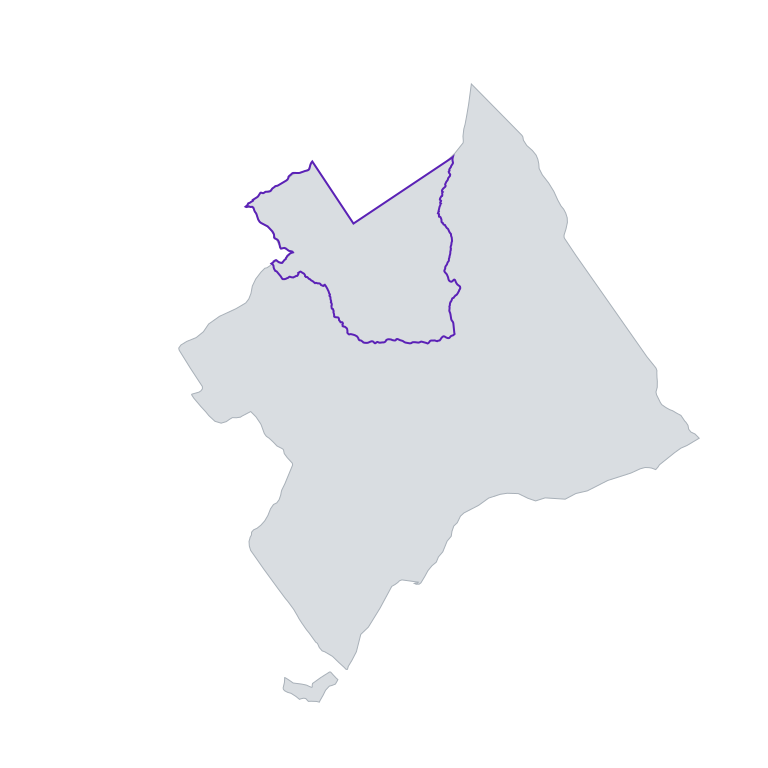 Angola, with Moxico highlighted, rotated 236°
{"feature_id": "AGO-1892", "entity_name": "Moxico", "entity_type": "Province", "adm_level": 1, "iso_a3": "AGO", "parent_name": "Angola", "parent_adm1": "", "projection": "albers", "projection_center": [20.805, -13.377], "detail": "fine", "context": "in_parent", "style": "outline", "palette": "violet", "viewbox_px": 768, "rotation_deg": 236, "n_neighbors": 0, "source": "natural_earth", "source_scale": "10m", "svg_char_len": 9817}
<svg xmlns="http://www.w3.org/2000/svg" viewBox="0 0 768 768"><g transform="rotate(236 384 384)"><path d="M608.3,368.4L609.1,373.4L609.8,380.3L610.3,385.2L610.9,387.5L611.1,388.6L610.4,389.9L609.8,392.9L608.8,395.5L608.1,397.3L608.6,400.7L607.7,410.6L607.5,415.6L608.7,424.4L608.5,427.1L605.4,435.2L604.5,439.2L604.3,441.3L607.4,447.3L607.2,448.5L604.8,448.9L602.8,448.9L534.1,448.4L533.6,551.4L533.6,560.2L535.7,571.8L539.7,584.5L541.2,585.7L545.2,588.0L550.8,592.8L553.9,596.4L560.3,602.7L568.7,610.7L583.9,624.2L532.5,633.8L512.9,637.4L511.2,637.3L508.2,635.9L501.9,635.7L494.5,637.6L488.7,638.1L484.3,637.2L480.1,635.5L475.9,633.1L468.8,632.2L458.6,632.9L448.7,632.5L439.2,630.9L432.5,630.3L428.4,630.7L424.0,630.2L419.3,628.8L415.4,626.4L410.7,621.5L406.9,616.7L406.0,616.0L404.8,615.3L403.7,615.1L383.4,615.0L259.6,617.2L245.3,618.4L244.2,618.2L242.4,617.7L241.1,616.7L237.0,614.1L233.4,612.1L228.5,608.7L225.3,605.0L222.6,603.9L218.0,603.3L214.5,602.8L211.6,602.7L206.7,604.6L203.0,606.5L200.3,608.4L195.8,610.5L191.9,612.6L185.1,612.6L183.6,612.9L179.8,612.9L176.1,611.3L172.5,611.6L168.6,613.9L162.8,615.0L163.6,600.7L164.8,594.3L164.6,586.7L163.0,567.2L161.9,564.6L161.1,561.4L164.6,558.9L166.4,557.0L168.8,553.7L170.4,549.1L172.1,538.9L178.9,515.6L181.7,492.8L185.9,481.9L187.2,469.8L199.5,453.9L202.3,444.3L208.8,439.4L218.0,434.1L224.5,425.1L227.5,418.8L230.9,407.0L230.5,394.7L232.4,378.2L231.7,373.5L228.0,367.1L227.2,362.4L223.8,357.9L220.2,354.6L218.4,348.4L212.0,338.9L210.2,332.4L207.1,327.8L206.5,322.1L204.7,316.1L201.6,310.1L198.5,303.4L198.4,301.2L200.1,298.6L201.8,297.6L201.3,299.0L200.2,300.5L200.5,301.7L211.6,289.3L212.2,286.9L211.7,284.3L211.6,281.1L211.9,277.3L200.4,255.4L191.2,235.1L189.4,224.7L177.5,211.4L172.7,202.6L169.9,196.5L167.9,194.2L168.6,193.0L171.5,192.5L178.0,190.9L187.0,189.0L195.2,185.1L197.3,183.5L201.7,183.0L206.2,183.8L207.9,183.1L208.8,183.0L219.4,182.7L223.7,182.3L231.8,182.2L237.0,182.3L239.9,182.6L247.8,183.1L257.6,182.7L261.1,182.3L274.0,181.7L298.2,180.8L310.8,180.6L320.5,180.4L324.9,181.7L329.0,184.1L330.8,186.3L331.7,187.2L332.9,189.6L335.2,191.4L336.0,194.3L335.4,198.2L335.8,203.0L337.2,208.5L339.9,214.2L344.0,220.2L345.9,225.0L345.4,228.6L346.7,232.3L349.7,236.3L351.9,238.4L353.2,239.9L356.7,246.0L367.9,262.9L369.5,263.7L371.9,263.4L377.0,262.6L382.1,262.4L385.7,263.9L387.1,263.6L392.5,260.6L397.9,259.7L403.5,258.4L406.4,257.2L409.9,257.1L419.1,259.4L420.8,259.5L428.3,259.5L435.7,258.1L436.8,248.3L436.8,246.4L438.6,242.7L440.9,239.5L441.1,236.4L441.0,232.2L442.6,227.1L447.6,223.0L455.7,221.1L460.3,220.7L467.6,219.6L478.6,218.4L482.7,218.5L483.0,219.1L480.7,226.1L480.7,228.4L481.5,230.7L483.4,232.0L505.3,232.3L526.5,233.1L527.7,233.5L528.6,234.0L529.9,237.5L529.6,244.3L527.5,254.2L528.3,263.5L531.8,272.2L532.1,285.5L529.2,303.4L528.5,314.7L530.1,319.5L533.5,324.4L538.8,329.6L542.8,336.4L545.6,344.7L546.6,349.9L545.8,352.0L545.8,355.7L546.7,361.0L545.7,364.5L542.8,366.2L541.9,368.6L543.3,373.2L543.6,377.3L545.5,380.0L546.9,380.2L549.8,378.7L553.3,376.0L556.0,374.9L560.0,375.0L565.5,375.9L575.2,376.2L578.2,375.8L587.3,372.1L589.6,371.9L593.2,372.3L598.2,373.4L603.4,373.7L605.9,372.6L606.1,371.1L606.9,369.1L608.3,368.4ZM196.1,137.4L195.5,138.0L191.4,139.8L186.9,141.5L181.2,148.0L178.3,150.8L177.5,151.5L174.8,153.1L172.9,154.5L173.0,155.2L174.4,156.0L175.7,157.3L176.0,167.6L175.7,177.8L175.0,178.7L171.3,179.2L166.4,180.0L164.8,180.5L164.2,179.6L162.4,175.9L163.2,172.3L164.1,169.7L162.8,164.3L160.1,159.6L157.2,153.7L156.4,152.5L158.6,150.5L161.8,146.1L163.2,143.8L167.1,143.2L168.5,141.6L169.5,139.1L169.8,137.6L174.2,136.3L179.5,134.0L182.4,131.6L185.4,130.0L187.3,129.9L188.5,130.5L192.1,134.4L195.1,136.8L196.1,137.4Z" fill="#d9dde1" stroke="#a8b0b8" stroke-width="1"/><path d="M534.1,448.4L533.6,561.9L533.6,567.3L533.7,568.1L533.1,567.4L532.1,566.5L531.0,565.8L529.0,565.0L528.5,564.6L528.2,564.1L527.2,561.7L526.3,560.5L526.1,559.7L525.4,558.2L525.1,557.9L524.3,557.7L524.1,557.4L524.1,556.9L523.8,556.3L522.7,556.0L521.6,556.1L520.6,556.0L519.6,555.0L518.8,552.4L517.6,551.0L517.3,550.3L516.8,548.7L516.1,547.6L515.4,546.4L515.1,546.2L513.8,545.9L513.3,545.1L512.9,542.2L512.2,540.5L511.7,540.0L511.1,539.8L510.3,540.1L510.1,539.3L509.7,538.9L508.6,538.4L507.6,537.6L507.4,537.3L507.6,536.8L507.6,536.5L506.5,534.3L505.6,533.4L504.7,533.6L504.0,533.8L503.6,533.4L503.3,532.4L503.0,532.0L502.7,531.8L502.4,531.8L501.8,532.1L501.6,531.5L500.6,530.4L499.9,529.2L496.8,525.9L496.6,525.8L496.3,525.9L496.2,525.7L496.1,525.1L495.3,524.1L494.5,524.6L493.9,524.5L492.8,523.6L492.0,523.2L491.6,523.5L491.4,523.9L490.8,524.1L489.4,523.9L488.1,523.5L486.3,522.4L485.8,522.3L485.5,522.3L484.9,522.7L484.7,522.8L483.6,522.6L483.0,522.6L482.2,523.0L481.6,523.4L481.5,523.5L480.9,523.3L478.3,523.3L476.7,523.8L473.9,523.3L472.6,523.2L471.0,523.4L469.3,522.5L467.4,522.0L464.4,520.3L463.5,519.1L461.7,517.6L460.7,516.2L459.5,515.3L458.6,515.1L458.2,514.5L457.6,514.2L457.0,513.3L454.9,511.7L453.2,509.7L452.2,508.9L451.7,508.0L451.3,507.7L450.3,507.0L449.9,506.6L449.7,506.2L449.3,504.9L448.7,504.0L448.2,503.4L447.9,503.0L447.1,500.8L446.5,500.0L445.5,499.3L444.6,497.9L444.0,497.2L442.8,497.0L439.8,497.4L436.7,496.8L435.0,496.1L433.8,495.8L432.8,495.9L431.9,496.3L431.2,496.9L431.0,497.6L431.0,498.4L431.4,500.1L431.2,500.7L430.5,501.0L428.0,500.5L426.5,500.4L425.3,500.5L422.8,501.4L422.3,501.5L420.9,500.9L420.0,499.6L419.8,498.8L419.1,498.1L418.7,497.1L418.2,496.4L417.9,495.4L417.5,494.8L417.3,493.6L417.5,492.8L417.2,492.1L417.1,491.3L416.5,489.9L416.6,489.5L416.8,488.9L416.8,488.6L416.5,488.0L415.8,487.2L415.4,486.4L415.0,485.9L414.8,485.5L414.8,485.0L414.7,484.8L414.0,483.9L413.6,483.5L412.3,482.5L411.9,481.8L411.5,481.4L410.9,481.2L410.5,481.0L408.2,479.1L407.3,478.8L406.1,478.6L404.7,478.1L400.0,475.9L398.7,475.7L397.9,475.8L396.9,475.8L395.7,475.5L387.1,470.9L386.0,470.5L385.7,468.7L386.3,466.5L386.1,465.5L385.8,464.6L385.7,463.8L386.1,462.9L386.7,462.3L387.9,461.5L389.5,460.8L390.2,460.1L390.4,459.1L390.1,457.5L389.2,455.3L389.0,454.5L389.7,452.8L389.7,452.1L390.4,451.4L391.3,450.8L391.9,450.2L392.5,449.1L393.7,447.4L393.9,446.2L393.2,444.3L393.1,443.5L393.3,442.7L394.2,442.2L397.7,439.2L398.4,438.5L398.6,437.3L398.7,436.6L399.1,435.6L401.4,433.0L402.5,431.3L402.7,430.6L402.6,429.6L403.2,428.2L406.3,425.0L407.2,424.4L409.2,423.6L410.2,422.8L411.4,421.8L413.4,420.6L414.0,420.0L414.2,419.3L413.8,418.3L413.8,417.9L413.9,417.5L414.5,416.7L415.7,415.5L417.0,414.7L418.5,412.9L418.9,412.1L419.2,410.7L418.4,408.9L418.4,407.9L418.7,406.9L419.5,405.7L420.4,403.9L420.9,403.2L422.5,402.1L422.8,401.1L422.6,400.3L422.7,399.5L423.1,399.1L424.9,398.8L425.6,398.5L426.3,397.7L426.7,396.5L427.0,394.6L427.2,393.8L427.6,392.9L428.9,391.1L430.0,390.1L430.9,390.0L432.6,389.4L433.2,389.0L433.9,388.2L434.3,388.0L435.4,388.0L436.3,388.3L438.0,388.3L438.7,388.2L440.8,387.1L442.3,385.9L443.8,384.5L444.2,383.9L444.4,383.2L444.9,382.6L446.4,382.3L447.0,382.3L448.5,383.4L450.3,384.2L450.9,384.3L453.0,383.7L453.4,383.5L454.5,382.4L455.1,382.1L455.6,382.5L456.5,382.7L457.0,383.7L457.3,383.8L458.1,384.0L458.3,384.0L458.8,383.7L459.2,382.9L459.5,382.5L460.9,382.6L461.9,382.4L463.5,383.2L464.5,383.3L465.0,383.0L466.7,380.9L467.5,380.5L467.8,380.4L468.4,380.9L469.2,381.2L469.7,381.6L471.7,382.2L472.1,382.4L472.4,382.9L472.7,383.1L473.4,383.2L474.3,383.5L474.5,383.6L475.5,383.0L476.0,383.0L478.2,384.1L478.6,384.8L479.5,385.4L480.4,385.7L481.2,385.6L481.6,385.7L481.9,386.2L482.2,386.5L484.3,387.1L485.9,388.1L486.3,388.2L487.1,388.1L487.6,388.1L488.1,388.7L488.2,389.1L488.7,389.3L489.5,389.2L490.0,389.3L491.6,389.8L492.6,390.0L493.2,390.0L494.6,390.3L497.7,390.5L499.4,390.4L499.5,390.1L499.5,389.7L499.1,388.8L499.3,388.4L501.4,387.1L502.6,387.2L503.0,387.0L503.5,386.7L503.8,386.4L504.4,385.4L505.7,384.4L506.2,383.6L506.2,383.2L506.4,383.1L508.8,382.5L510.8,381.5L512.3,381.2L513.1,380.6L515.5,380.2L516.0,379.6L516.2,379.2L516.5,379.0L517.3,379.1L517.6,378.9L518.2,379.3L518.8,379.4L519.8,379.4L520.1,379.4L522.4,378.3L523.5,377.9L523.9,377.6L524.1,376.4L523.9,375.8L524.0,374.9L523.4,374.8L523.1,374.6L522.9,374.1L522.4,373.3L522.2,372.8L522.2,372.4L522.7,371.7L522.8,370.2L523.0,369.4L523.0,368.7L523.1,368.3L523.9,367.4L524.3,366.9L525.4,366.1L525.8,365.6L525.7,363.4L526.0,362.6L526.1,361.5L526.5,360.3L527.2,359.2L527.7,358.6L528.1,358.5L528.7,358.5L531.0,358.6L537.1,358.0L537.7,357.8L538.5,357.1L539.3,357.2L540.4,357.2L542.4,357.7L543.6,358.4L544.2,358.6L545.4,358.5L546.8,358.0L546.8,360.2L547.4,361.1L547.2,361.5L547.3,362.9L547.1,363.7L546.8,364.0L545.1,364.4L543.6,365.0L542.0,366.3L541.4,367.1L541.4,367.7L541.7,368.3L542.5,370.9L542.5,372.4L543.3,373.2L543.4,373.8L544.0,374.9L544.3,375.6L544.7,379.0L544.5,380.6L544.0,382.1L544.9,382.1L545.6,381.6L547.3,379.9L547.8,379.5L551.5,378.3L552.6,377.4L553.8,374.3L555.2,374.2L559.4,375.9L560.8,376.3L562.2,376.5L563.6,376.2L565.2,375.2L566.0,374.8L566.9,374.8L569.0,376.2L569.8,376.5L571.2,376.7L572.9,376.8L579.7,375.7L586.3,372.1L587.8,371.6L589.3,371.6L590.8,371.7L596.2,373.3L597.4,373.4L598.9,373.3L600.3,373.5L601.9,374.0L603.3,374.3L604.6,373.8L604.8,373.5L605.4,372.3L606.9,371.2L607.7,368.8L608.4,368.4L608.6,370.3L608.8,370.9L609.5,372.1L609.7,372.6L609.3,374.0L609.3,376.1L609.1,377.6L609.3,378.1L610.0,378.2L609.8,383.6L610.0,384.6L611.6,388.3L611.6,388.7L611.3,389.2L610.1,390.1L609.7,390.7L609.6,391.6L609.6,393.1L609.5,393.5L608.4,395.1L607.7,396.6L607.5,397.4L607.5,398.3L608.5,400.7L608.6,403.5L608.8,404.5L608.7,404.8L607.9,406.7L607.3,416.9L607.5,418.5L608.2,419.7L609.2,420.7L609.5,421.7L609.7,424.0L610.0,425.7L609.9,426.4L609.6,427.0L606.6,431.3L606.1,432.3L604.7,437.8L604.0,439.5L603.7,441.0L604.0,442.2L604.8,443.2L606.7,445.3L607.5,446.4L608.2,447.7L608.6,449.0L534.1,448.4Z" fill="none" stroke="#5b21b6" stroke-width="2"/></g></svg>